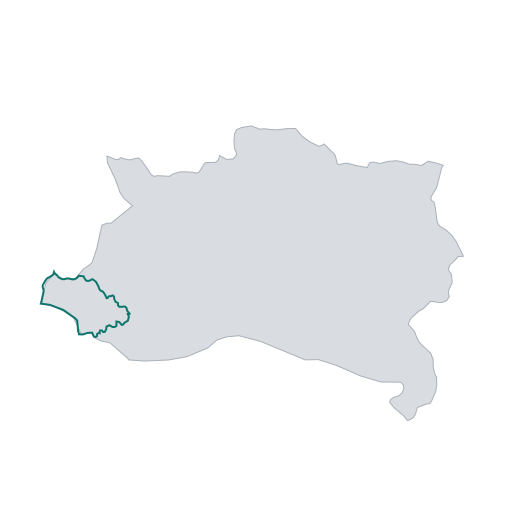 Dobrich on a map of Bulgaria (Mercator projection), rotated 191°
{"feature_id": "BGR-2259", "entity_name": "Dobrich", "entity_type": "Province", "adm_level": 1, "iso_a3": "BGR", "parent_name": "Bulgaria", "parent_adm1": "", "projection": "mercator", "projection_center": [27.865, 43.673], "detail": "fine", "context": "in_parent", "style": "outline", "palette": "teal", "viewbox_px": 512, "rotation_deg": 191, "n_neighbors": 0, "source": "natural_earth", "source_scale": "10m", "svg_char_len": 3535}
<svg xmlns="http://www.w3.org/2000/svg" viewBox="0 0 512 512"><g transform="rotate(191 256 256)"><path d="M421.4,325.6L412.6,324.0L409.5,324.5L407.5,326.7L403.4,326.2L398.4,326.2L393.1,328.7L390.1,329.8L386.2,327.5L379.0,320.7L374.5,315.9L371.2,314.7L367.9,316.1L356.1,317.7L353.3,320.5L347.8,323.6L342.3,325.0L334.5,326.1L330.3,325.9L328.0,327.4L326.0,331.9L324.7,336.3L323.5,338.0L313.7,340.2L311.5,342.7L310.9,345.2L311.1,347.6L303.3,345.2L297.2,346.8L295.8,348.7L294.5,351.4L295.3,354.3L297.5,357.1L299.6,364.6L300.3,372.1L299.1,376.4L294.6,379.4L285.3,382.8L276.3,381.2L272.3,382.5L265.6,383.0L259.5,383.8L250.0,386.9L241.5,388.7L233.8,382.5L224.7,378.2L215.2,375.7L211.9,377.5L210.4,379.0L202.5,373.4L198.9,371.4L197.1,369.3L193.8,361.9L191.8,361.7L185.2,364.4L178.9,364.3L175.1,363.8L163.7,364.1L162.2,369.2L160.8,369.9L158.4,370.6L152.3,370.3L144.6,374.0L136.3,376.3L129.9,376.4L123.2,375.3L119.2,376.1L110.6,376.5L105.1,381.9L96.7,381.6L89.5,380.7L90.4,379.0L91.8,357.3L95.4,347.6L95.2,345.6L94.5,344.1L91.3,342.5L89.1,337.3L84.4,323.4L81.7,320.6L74.3,317.7L67.8,313.7L62.3,308.4L52.3,295.3L57.4,294.0L58.9,291.3L64.0,284.1L64.6,280.5L64.0,278.5L60.6,275.1L58.3,267.5L60.1,260.4L60.2,256.7L58.5,253.1L60.3,248.6L63.9,246.1L66.2,245.4L75.9,244.9L82.0,235.8L85.7,232.9L89.5,227.8L91.2,225.9L92.9,221.9L93.5,217.8L85.9,212.1L83.3,207.7L79.9,203.0L75.3,199.7L66.0,194.0L62.4,188.2L60.8,180.7L58.3,175.0L55.6,171.3L55.1,168.3L54.0,164.6L53.7,157.3L55.9,147.6L57.3,144.2L60.4,143.2L68.8,138.0L69.2,131.4L70.7,127.3L73.4,124.9L75.8,123.3L80.4,127.2L91.4,133.3L96.8,137.8L96.6,140.6L94.0,143.3L89.2,146.0L86.4,149.6L85.7,154.0L86.4,157.1L89.7,159.8L109.6,156.2L129.8,158.1L156.9,164.1L174.8,166.2L188.1,163.4L212.7,168.5L235.6,173.1L257.5,174.5L269.8,170.9L278.5,165.9L285.9,156.5L304.3,144.2L322.1,137.2L345.4,131.6L361.0,129.7L363.2,131.6L383.0,143.0L391.8,143.0L399.0,145.0L401.6,148.0L403.4,148.8L412.9,146.0L417.1,152.2L423.7,160.9L434.9,165.4L444.8,167.9L448.0,168.3L458.5,168.1L457.0,189.8L450.7,199.8L441.2,196.5L429.1,199.3L422.7,210.6L419.1,214.0L415.8,218.0L413.7,232.7L413.2,256.8L408.6,259.7L404.4,260.6L386.9,281.7L397.0,287.6L401.4,292.1L408.8,304.6L419.3,318.7L421.4,325.6Z" fill="#d9dde1" stroke="#a8b0b8" stroke-width="1"/><path d="M399.8,146.0L402.3,149.5L406.6,148.4L411.1,145.9L414.7,145.4L414.7,145.5L416.2,148.1L419.2,158.5L421.4,160.2L434.8,166.3L448.7,168.7L458.1,168.2L457.9,169.4L457.7,180.4L457.9,181.5L458.5,183.1L459.2,184.2L459.6,185.2L459.7,186.5L459.1,188.8L458.1,191.6L456.9,194.0L455.9,195.0L455.2,195.4L452.2,198.3L451.6,199.1L451.3,200.3L451.2,201.8L450.3,200.6L447.4,199.0L446.8,198.4L446.0,197.6L444.4,196.9L441.4,196.3L439.9,196.6L437.4,197.9L436.2,198.2L432.0,198.0L430.7,198.2L428.2,199.6L426.4,202.1L426.1,202.9L425.9,202.8L423.6,203.0L421.3,203.1L420.0,201.3L418.2,199.5L416.1,199.4L414.2,200.3L413.1,201.5L411.8,202.0L408.0,200.0L404.8,196.0L403.6,193.8L401.9,192.3L399.5,191.8L396.9,189.4L394.6,186.1L393.6,186.5L392.9,188.2L391.7,188.8L390.4,189.0L389.9,189.6L389.2,190.0L387.6,189.2L387.1,187.0L385.2,184.3L382.6,183.5L381.9,181.0L380.4,180.1L377.8,180.6L375.2,181.4L373.4,180.5L372.0,177.7L368.4,174.7L369.6,175.0L370.8,174.6L369.2,172.1L369.4,168.1L372.5,165.2L373.3,163.4L374.6,162.7L377.6,165.1L380.5,165.1L379.7,160.6L381.3,159.3L383.3,158.9L386.7,160.1L389.3,158.2L389.1,155.4L389.9,152.7L391.5,152.2L393.0,153.5L394.9,153.2L395.1,151.4L394.7,150.4L395.9,150.3L397.1,149.0L396.8,147.0L398.0,145.9L399.7,146.0L399.8,146.0Z" fill="none" stroke="#0f766e" stroke-width="2"/></g></svg>